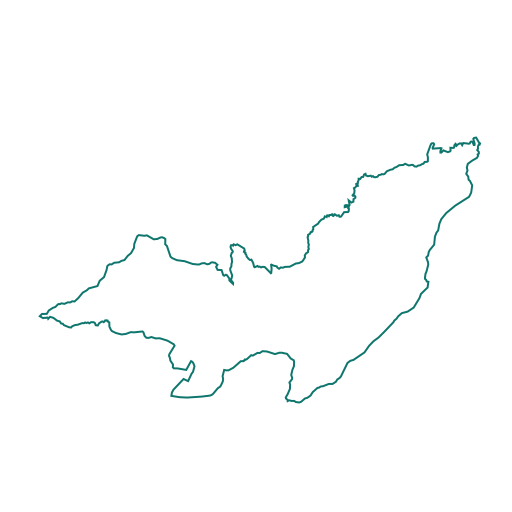 Albania, Santander, Colombia, rotated 9°
{"feature_id": "7082276B24505631438522", "entity_name": "Albania", "entity_type": "district", "adm_level": 2, "iso_a3": "COL", "parent_name": "Colombia", "parent_adm1": "Santander", "projection": "albers", "projection_center": [-73.837, 5.791], "detail": "fine", "context": "isolated", "style": "outline", "palette": "teal", "viewbox_px": 512, "rotation_deg": 9, "n_neighbors": 0, "source": "geoboundaries", "source_scale": "gbopen_adm2", "svg_char_len": 6123}
<svg xmlns="http://www.w3.org/2000/svg" viewBox="0 0 512 512"><g transform="rotate(9 256 256)"><path d="M409.0,289.6L414.5,287.2L419.8,282.3L424.0,272.1L424.9,267.6L430.4,260.3L430.3,254.5L428.6,254.4L427.8,253.0L426.5,252.1L426.3,251.2L426.2,247.0L426.8,244.8L427.5,237.5L426.9,235.3L424.4,230.8L425.9,228.7L426.0,224.9L426.7,222.9L430.2,216.9L429.7,208.9L430.6,204.7L431.9,202.3L432.1,195.3L433.3,190.5L437.2,183.8L444.9,175.1L457.2,164.2L458.6,159.8L458.5,152.4L455.5,148.3L454.1,147.5L453.2,144.4L450.8,141.9L451.5,138.4L450.4,135.6L450.8,131.8L454.9,127.7L458.8,124.6L459.7,122.3L459.0,121.0L460.1,120.0L459.8,118.4L457.9,116.7L458.5,115.3L458.1,113.3L458.4,111.7L458.6,111.1L459.4,111.1L459.7,109.7L458.7,109.3L454.9,104.6L452.9,105.3L452.3,106.3L454.5,111.2L454.4,112.2L453.7,112.3L452.0,109.4L451.1,109.2L450.1,109.6L449.5,111.4L448.8,111.8L443.0,112.0L442.3,114.3L441.0,112.7L439.6,112.9L437.5,114.6L436.7,116.0L436.0,115.7L436.0,114.4L435.5,114.0L434.6,115.7L434.7,117.9L433.9,118.4L431.1,118.7L431.7,121.6L431.3,122.3L429.3,123.4L424.5,122.4L423.0,124.8L422.0,125.0L421.7,123.6L422.3,120.6L421.6,120.5L413.8,122.3L413.5,121.7L414.5,117.7L413.7,116.9L412.2,117.1L411.6,117.6L411.0,119.4L409.2,128.8L410.4,131.8L410.9,135.6L410.3,136.2L407.9,136.7L406.9,138.7L405.9,139.0L404.1,140.6L401.9,141.4L400.6,142.6L398.6,142.7L396.9,141.6L395.9,141.5L392.8,142.7L388.9,141.6L387.1,143.1L383.3,143.9L380.6,146.3L379.0,147.1L377.4,149.0L375.2,149.8L371.9,151.9L370.2,154.8L369.2,155.4L367.5,155.4L366.9,156.0L364.6,156.9L363.6,158.7L362.0,159.4L360.4,159.7L359.0,158.8L357.9,159.6L356.8,158.7L354.0,159.7L352.1,159.3L351.3,157.7L350.0,158.6L349.5,161.1L347.9,161.5L346.9,163.6L345.3,163.6L345.5,165.3L345.0,166.6L345.2,168.0L343.7,169.2L343.9,169.7L345.2,169.7L345.6,170.8L344.2,171.2L343.2,172.9L342.1,173.7L343.1,175.8L343.2,178.8L341.9,180.9L342.4,181.4L344.1,181.0L345.0,182.1L345.0,183.0L343.4,184.6L343.7,187.1L341.8,188.3L338.9,186.6L340.5,191.0L340.1,191.5L337.0,191.6L335.8,192.3L336.0,193.9L338.3,193.0L339.9,193.3L339.6,194.4L340.4,194.9L340.5,197.4L340.0,198.2L336.2,198.9L333.9,203.6L333.2,204.1L332.2,204.1L331.4,202.8L329.6,203.6L327.2,202.4L326.7,202.7L326.6,203.8L326.1,204.4L325.4,204.2L324.5,202.9L323.5,203.8L322.3,204.0L321.8,205.3L320.7,204.6L319.9,204.8L319.7,206.5L317.8,206.1L317.2,208.4L314.9,209.9L312.9,212.7L312.3,214.3L307.9,218.4L308.4,220.6L307.9,221.4L308.0,222.7L307.3,223.6L306.9,223.4L306.1,224.1L305.9,225.5L304.1,227.0L304.4,228.5L304.0,229.3L305.3,232.7L305.5,234.9L306.4,236.4L306.3,239.1L307.1,240.8L306.5,242.0L306.8,244.0L305.0,245.6L304.1,247.8L304.6,249.7L303.1,253.2L302.4,254.3L299.5,256.3L296.5,257.2L291.0,261.3L286.4,262.2L284.2,263.4L282.3,263.4L280.8,265.0L278.9,264.1L278.1,263.0L275.1,262.8L272.5,262.1L272.3,262.3L273.4,266.1L273.7,270.3L273.4,270.7L266.3,265.5L263.9,265.7L262.8,266.5L261.2,265.9L260.0,266.3L259.0,265.6L256.5,267.3L255.8,266.9L254.2,263.2L252.0,260.3L250.8,260.9L249.1,260.0L246.9,258.0L246.0,256.0L245.0,255.4L245.0,254.3L243.4,253.8L243.4,253.2L244.0,252.4L243.2,250.5L235.7,247.4L234.2,248.5L232.1,248.0L231.7,249.3L231.2,248.9L229.6,249.3L229.4,251.0L230.4,252.9L232.3,254.9L232.3,256.1L231.5,256.8L231.1,259.8L232.4,262.0L233.3,265.7L233.0,267.6L233.3,270.2L232.5,272.2L232.8,274.1L235.6,279.1L235.1,283.8L237.6,286.0L237.7,287.2L233.6,284.4L233.2,282.5L230.4,279.6L229.2,279.2L227.6,280.5L226.6,280.0L224.2,275.3L220.2,275.7L218.3,273.0L219.3,270.7L216.6,269.1L213.6,269.1L212.5,269.6L211.1,271.1L209.2,271.8L206.0,271.1L203.5,271.8L201.3,273.2L199.9,273.5L194.8,273.8L186.3,272.3L178.5,272.5L173.6,271.2L171.7,270.1L166.5,260.1L164.5,258.6L163.8,253.4L162.3,252.6L160.3,252.2L158.7,252.7L155.9,254.6L152.4,255.5L145.0,252.7L142.5,253.5L137.0,253.7L135.8,254.8L135.4,255.9L133.9,263.0L134.2,267.2L132.1,272.8L129.3,275.9L126.7,280.6L123.9,281.8L121.8,283.6L116.9,284.9L114.7,286.9L112.7,287.1L111.4,288.3L110.7,289.4L110.6,293.1L109.2,300.6L105.5,304.9L104.1,310.5L96.0,314.1L94.3,316.3L90.6,319.3L87.0,325.4L83.9,329.3L81.5,329.5L79.8,330.9L77.4,331.2L74.3,333.2L71.3,333.2L69.7,334.3L68.8,334.2L67.9,334.8L65.8,337.7L63.5,339.0L59.9,342.2L58.4,345.9L53.7,346.7L51.9,349.3L55.4,350.7L57.2,350.0L58.2,350.1L59.2,349.4L60.1,349.5L60.6,350.5L62.1,348.3L65.6,348.8L69.7,351.0L72.4,351.3L74.0,353.1L75.9,353.2L77.0,354.3L82.3,355.6L84.5,355.6L85.5,354.1L88.1,352.5L90.6,351.8L94.8,349.5L96.6,349.3L97.6,348.4L99.0,348.7L100.4,347.9L101.9,348.6L103.4,347.2L106.0,346.8L107.4,347.4L108.5,349.4L110.6,349.4L111.5,347.1L113.7,345.0L114.9,344.6L115.9,345.2L116.8,344.3L117.0,343.3L118.2,342.9L119.5,343.0L119.5,343.8L121.5,344.5L122.2,348.6L124.3,351.7L125.5,352.7L129.8,354.0L135.5,354.5L139.5,353.4L144.2,350.8L147.4,350.5L155.7,348.3L156.7,348.9L158.5,352.4L160.5,353.9L162.7,353.7L165.4,352.4L169.7,353.1L173.8,352.3L181.5,353.4L183.3,354.0L188.6,356.1L189.6,357.3L185.8,366.5L185.7,368.2L186.9,370.1L187.8,372.7L191.0,376.2L191.3,379.0L192.4,379.8L196.4,379.3L204.9,379.4L208.3,370.0L209.7,370.5L211.1,372.0L212.5,374.6L211.9,380.3L210.8,382.3L208.5,390.2L203.7,388.8L195.4,400.9L194.3,404.0L194.3,407.4L202.6,407.4L210.1,406.6L224.6,403.3L232.3,401.1L233.9,400.2L235.1,399.0L239.0,392.5L240.9,390.8L241.5,389.7L242.8,385.2L242.8,382.7L241.8,379.9L242.4,373.5L244.7,373.6L246.8,373.2L251.1,369.9L257.4,362.3L260.0,361.8L260.3,361.2L260.8,361.2L261.3,359.9L262.0,360.1L263.3,359.1L266.8,354.7L268.4,354.9L272.6,351.5L274.9,351.2L277.3,349.0L281.8,348.6L290.1,349.9L294.2,347.9L296.4,347.5L302.0,347.8L306.3,351.8L309.6,353.1L310.3,355.1L310.7,358.9L309.8,362.5L309.4,368.0L310.8,370.7L310.9,371.9L308.8,375.7L309.8,377.6L310.3,382.0L308.8,387.8L307.5,391.0L307.9,392.0L309.7,393.2L310.0,394.3L311.3,393.3L313.7,393.6L316.4,393.2L318.3,394.0L321.7,393.9L323.4,392.9L326.6,389.1L328.9,388.0L331.7,385.3L333.3,381.6L337.4,376.6L338.6,376.3L340.3,374.8L342.6,374.1L347.9,371.0L351.6,370.4L354.6,367.7L355.5,365.4L357.7,363.3L358.7,361.7L363.1,347.3L365.5,344.8L368.5,343.4L378.2,334.3L381.7,327.1L385.3,321.9L389.9,317.2L394.5,310.9L402.1,299.9L402.6,298.3L404.7,295.8L405.8,293.4L409.0,289.6Z" fill="none" stroke="#0f766e" stroke-width="2"/></g></svg>